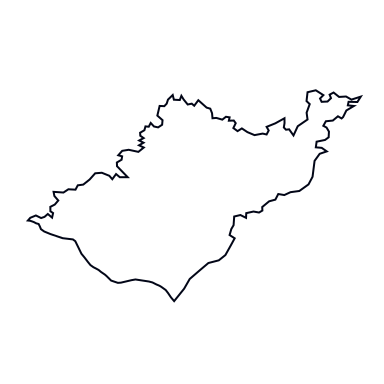 outline of Dehkanabad, Kashkadarya, Uzbekistan, rotated 4°
{"feature_id": "79887680B51602053820604", "entity_name": "Dehkanabad", "entity_type": "district", "adm_level": 2, "iso_a3": "UZB", "parent_name": "Uzbekistan", "parent_adm1": "Kashkadarya", "projection": "robinson", "projection_center": [66.692, 38.343], "detail": "fine", "context": "isolated", "style": "outline", "palette": "ink", "viewbox_px": 384, "rotation_deg": 4, "n_neighbors": 0, "source": "geoboundaries", "source_scale": "gbopen_adm2", "svg_char_len": 2478}
<svg xmlns="http://www.w3.org/2000/svg" viewBox="0 0 384 384"><g transform="rotate(4 192 192)"><path d="M153.7,108.4L152.1,118.2L157.6,122.4L157.5,127.0L153.7,129.9L149.5,129.3L146.0,126.0L144.3,129.9L141.0,129.8L140.2,133.7L136.1,136.5L136.5,139.5L140.0,141.6L135.7,144.3L140.2,146.2L135.9,149.1L140.8,151.0L135.7,155.7L125.9,154.3L119.5,155.8L115.9,160.5L119.8,161.3L119.5,164.7L115.0,167.8L115.4,171.5L126.8,181.7L119.0,182.3L115.0,179.4L111.6,184.8L108.4,181.6L100.7,179.1L94.1,180.1L89.0,186.7L83.0,192.2L77.6,193.3L75.6,197.8L68.5,197.9L63.8,201.5L53.9,201.5L55.0,205.6L59.2,209.8L56.0,214.1L51.7,216.7L52.1,221.1L54.9,222.7L54.2,227.3L49.7,224.0L46.6,227.1L43.3,228.5L37.9,226.3L32.5,229.0L30.3,231.9L32.6,232.0L34.9,232.6L36.5,233.1L38.7,234.1L41.2,234.6L42.6,236.9L43.9,239.6L47.3,241.7L53.6,243.8L66.2,247.1L72.3,247.4L76.5,247.6L79.0,249.2L82.2,254.7L86.0,261.3L89.4,264.9L93.0,269.0L95.8,272.0L98.9,273.9L101.7,275.1L104.3,276.3L106.8,278.1L110.9,280.5L112.5,281.7L117.5,286.0L121.7,287.1L124.4,287.8L127.4,287.4L137.7,284.2L141.7,283.2L155.3,284.3L158.9,285.0L162.9,286.7L164.7,287.3L166.1,287.8L167.9,288.7L172.6,291.6L175.1,294.4L178.4,298.6L181.8,302.1L190.9,289.0L195.8,278.9L205.9,268.9L213.3,261.7L223.5,258.3L229.7,252.6L234.6,242.2L237.8,235.2L232.5,232.3L233.8,226.2L235.8,222.2L235.8,213.5L241.9,211.6L247.7,214.0L247.6,209.3L254.7,207.2L260.3,207.8L263.5,205.6L263.1,202.1L269.6,195.9L275.7,193.8L278.2,188.0L284.3,188.6L290.3,185.3L299.0,183.5L307.7,176.3L311.2,168.4L312.1,152.4L316.7,145.0L323.6,142.1L318.3,138.9L312.4,138.8L312.8,133.1L321.1,130.8L324.5,127.9L324.4,122.2L321.7,118.3L318.4,116.8L320.6,112.1L327.5,110.9L332.3,106.3L336.1,108.2L337.5,106.7L340.3,99.9L347.5,94.9L341.4,94.7L341.9,91.1L350.7,90.7L353.7,85.1L344.6,88.7L339.0,86.0L332.1,86.9L326.3,82.9L322.5,85.3L324.1,88.7L320.9,92.3L315.0,93.0L313.2,89.8L316.3,86.2L308.4,81.9L300.3,84.4L299.9,93.3L303.3,96.1L300.8,104.9L302.2,111.6L292.9,119.0L289.3,128.5L284.5,122.7L281.4,123.3L279.1,121.2L279.5,116.8L279.1,112.0L270.3,117.7L261.9,121.8L264.2,125.3L262.4,129.4L258.4,128.8L250.4,130.9L243.1,128.4L237.3,125.1L233.2,128.1L228.8,125.3L230.8,120.3L228.7,117.8L223.8,118.3L224.3,114.9L220.6,114.6L217.2,117.7L211.1,116.4L207.3,117.0L206.5,112.0L204.4,107.6L200.7,106.8L191.9,100.0L188.2,105.8L185.6,103.9L181.6,105.0L177.2,100.3L174.7,96.8L173.4,101.1L167.5,101.2L166.0,96.6L161.6,101.5L160.6,105.6L158.4,108.3L153.7,108.4Z" fill="none" stroke="#020617" stroke-width="2"/></g></svg>